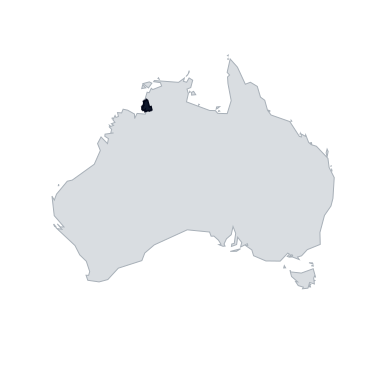 West Daly, Northern Territory, Australia (highlighted), rotated 345°
{"feature_id": "25037944B73531494726593", "entity_name": "West Daly", "entity_type": "district", "adm_level": 2, "iso_a3": "AUS", "parent_name": "Australia", "parent_adm1": "Northern Territory", "projection": "albers", "projection_center": [129.851, -14.087], "detail": "fine", "context": "in_parent", "style": "filled", "palette": "ink", "viewbox_px": 384, "rotation_deg": 345, "n_neighbors": 0, "source": "geoboundaries", "source_scale": "gbopen_adm2", "svg_char_len": 5831}
<svg xmlns="http://www.w3.org/2000/svg" viewBox="0 0 384 384"><g transform="rotate(345 192 192)"><path d="M268.2,83.2L271.4,101.7L276.8,101.1L282.4,106.9L282.7,118.1L286.0,122.2L286.1,132.6L288.3,138.1L304.7,149.3L310.1,166.1L311.9,167.1L312.5,164.2L315.9,167.5L316.6,166.1L317.5,174.4L319.4,177.1L324.0,180.0L332.0,194.7L330.8,203.7L333.1,214.9L326.5,234.6L322.6,241.5L313.9,248.9L305.1,264.2L302.3,275.8L288.5,277.5L281.3,282.0L277.1,282.1L278.1,285.0L271.7,280.4L272.8,279.5L272.4,278.5L271.2,278.3L268.9,280.0L267.3,278.8L270.1,277.3L268.7,275.8L259.3,281.6L245.5,277.7L235.0,269.5L234.8,263.4L230.0,257.7L232.1,258.0L232.1,256.3L224.7,257.7L227.0,253.6L224.4,247.5L221.5,254.3L216.0,254.8L217.0,252.5L219.5,252.6L223.5,243.2L222.7,236.0L218.8,243.4L213.2,246.1L209.5,250.5L209.9,252.8L207.8,252.4L204.3,249.8L206.5,249.9L205.1,245.4L201.8,240.3L199.0,239.6L198.6,235.2L177.6,227.3L141.9,233.3L130.6,238.7L125.8,245.3L101.1,246.5L88.0,254.8L79.0,254.8L68.5,250.3L68.1,245.0L70.6,245.7L72.6,242.4L72.0,231.6L67.3,223.7L65.1,213.4L52.0,192.3L56.7,194.4L53.6,187.9L55.8,191.7L59.3,192.6L52.8,179.2L55.7,159.7L56.9,164.2L60.6,159.0L74.3,149.3L79.4,149.5L104.8,139.9L114.2,128.2L113.3,120.8L118.4,115.3L122.9,123.4L125.1,118.8L122.2,115.6L123.0,113.6L131.5,114.7L128.8,114.0L130.6,110.7L129.0,107.8L133.5,107.3L131.8,105.2L135.6,104.8L134.3,101.8L137.5,98.2L137.8,100.3L140.5,100.0L140.6,96.0L144.5,97.4L146.9,94.2L151.0,96.3L156.6,101.8L155.6,106.2L159.3,101.9L167.1,104.7L168.7,102.3L165.2,99.0L174.5,84.0L176.3,85.0L179.5,81.3L180.6,82.9L190.1,81.8L189.8,78.2L183.5,75.5L184.5,74.6L207.4,82.6L214.1,80.0L212.4,82.9L215.2,84.6L218.7,81.1L221.6,84.2L217.8,90.8L213.8,91.3L213.9,96.1L210.0,103.5L230.1,117.8L235.6,119.4L237.2,122.7L246.3,125.4L253.5,113.9L254.8,96.6L256.1,90.1L258.6,88.7L256.9,85.6L263.3,73.4L268.2,83.2ZM266.3,294.6L276.6,298.6L289.2,297.5L289.3,306.5L288.6,304.9L287.2,306.7L286.4,312.5L282.2,309.8L279.1,314.9L273.7,314.1L274.9,312.7L270.4,309.9L268.8,305.2L270.8,306.1L266.3,299.4L266.3,294.6ZM172.7,74.6L179.3,74.6L181.4,76.5L176.9,80.2L172.7,74.6ZM213.6,259.3L224.2,259.4L219.7,260.8L213.6,259.3ZM219.6,95.2L220.8,99.0L216.7,98.3L217.4,95.6L219.6,95.2ZM331.6,193.0L331.7,188.8L333.6,185.5L334.0,188.1L331.6,193.0ZM286.7,290.6L290.1,291.7L290.2,292.9L286.7,290.6ZM172.1,75.7L174.4,79.4L170.2,79.1L172.1,75.7ZM262.8,289.5L260.9,289.1L262.1,287.0L262.8,289.5ZM240.8,116.7L238.8,117.7L236.8,118.2L237.8,116.2L240.8,116.7ZM52.0,191.4L50.3,189.5L50.0,187.6L50.3,187.5L52.0,191.4ZM289.3,294.1L290.6,295.1L288.1,294.2L289.3,294.1ZM318.8,175.1L320.2,175.2L320.0,177.1L318.8,175.1ZM286.6,132.5L288.3,133.7L288.0,134.3L286.6,132.5ZM281.9,313.0L281.9,314.4L280.6,313.9L281.9,313.0ZM332.8,205.5L332.7,207.8L332.5,207.7L332.8,205.5ZM189.5,74.5L188.5,73.5L189.2,73.0L189.5,74.5ZM220.3,75.4L218.7,77.2L220.7,74.0L220.3,75.4ZM333.3,202.8L332.5,203.5L333.1,202.7L333.3,202.8ZM221.7,109.5L220.8,109.8L221.3,109.0L221.7,109.5ZM216.3,95.0L215.2,95.2L215.9,94.1L216.3,95.0ZM65.2,149.9L65.0,151.4L64.5,151.3L65.2,149.9ZM261.4,72.4L261.3,73.7L260.9,72.8L261.4,72.4ZM271.2,278.9L271.4,279.6L271.0,279.4L271.2,278.9ZM218.2,77.7L216.0,78.9L218.3,77.4L218.2,77.7ZM134.4,100.0L133.6,100.9L134.1,99.8L134.4,100.0ZM282.7,312.0L282.0,312.2L282.4,311.7L282.7,312.0ZM239.7,121.0L238.5,121.0L239.1,120.2L239.7,121.0ZM130.1,106.8L129.6,107.3L129.5,106.1L130.1,106.8ZM287.9,309.3L287.0,309.7L287.3,308.9L287.9,309.3ZM262.4,69.1L262.2,69.9L261.6,69.5L262.4,69.1ZM270.6,279.8L271.5,280.6L270.0,280.3L270.6,279.8ZM306.7,149.4L306.0,149.4L306.3,148.4L306.7,149.4ZM311.8,164.0L311.4,164.0L311.8,163.3L311.8,164.0ZM266.8,293.5L266.6,294.1L266.4,293.4L266.8,293.5Z" fill="#d9dde1" stroke="#a8b0b8" stroke-width="1"/><path d="M172.9,92.2L172.6,92.1L172.6,91.9L172.4,91.9L172.1,91.7L172.1,91.4L172.2,91.2L172.1,90.8L172.0,90.7L171.7,90.6L171.3,91.4L171.0,91.7L170.9,91.9L170.7,91.9L170.4,92.1L170.2,92.3L169.9,92.4L169.7,92.5L169.7,92.4L169.6,92.5L169.3,92.4L169.2,92.3L169.1,92.2L169.1,91.9L169.1,91.7L169.0,91.8L168.9,91.9L168.9,92.0L168.7,92.3L168.5,92.2L168.5,92.3L168.6,92.6L168.6,92.8L168.5,93.1L168.3,93.5L168.2,93.9L168.3,93.9L168.2,94.2L168.3,94.3L168.2,94.4L168.1,94.6L167.9,94.7L167.8,94.8L167.8,95.0L167.7,95.1L167.9,95.2L167.9,95.3L168.0,95.4L168.0,95.5L168.0,95.8L167.9,95.8L167.8,96.0L167.7,96.1L167.4,96.3L167.2,96.4L166.9,96.3L166.9,96.2L166.9,96.3L167.0,96.4L166.9,96.5L166.7,96.7L166.5,96.8L166.6,97.1L166.4,97.1L166.4,96.9L166.4,96.7L166.4,96.4L166.4,96.5L166.4,96.4L166.3,96.5L166.2,96.5L166.1,96.4L166.0,96.6L166.2,96.8L166.2,97.0L165.9,97.3L165.9,97.5L165.7,97.6L165.6,97.8L165.5,97.7L165.5,97.8L165.5,98.0L165.4,98.4L165.3,98.5L165.3,98.4L165.2,98.5L165.2,98.8L165.1,99.0L165.4,99.2L165.4,99.3L165.5,99.3L165.5,99.5L165.8,99.7L165.8,99.8L166.0,99.7L165.9,99.6L165.8,99.4L165.9,99.5L166.0,99.4L165.9,99.5L166.0,99.6L166.0,99.8L166.1,99.7L166.3,99.5L166.2,99.6L166.3,99.6L166.2,99.6L166.1,99.8L166.2,100.0L166.3,100.2L166.6,100.2L166.6,100.3L166.8,100.3L167.0,100.3L167.3,100.4L167.7,100.3L168.1,100.1L168.0,100.3L167.9,100.4L167.7,100.5L167.4,100.7L167.2,100.6L166.9,100.7L166.7,100.8L166.8,100.9L166.8,101.0L167.0,101.2L167.1,101.3L167.3,101.5L167.4,101.8L167.6,101.9L167.7,102.0L167.9,102.0L168.0,102.0L168.2,101.9L168.3,101.8L168.2,102.1L168.0,102.3L168.3,102.3L168.4,102.2L168.5,102.3L168.4,102.2L168.6,102.2L168.9,101.9L169.0,101.9L169.3,102.0L169.4,101.9L169.5,102.0L169.9,102.1L170.2,102.1L170.3,102.1L170.5,102.0L170.8,102.1L171.0,102.0L171.2,102.3L171.3,102.4L171.4,102.6L171.5,102.6L171.8,102.8L172.0,102.7L172.4,102.7L172.5,102.6L172.8,102.6L172.9,102.4L173.0,102.5L173.3,102.6L173.3,102.4L173.5,102.5L173.7,102.4L173.8,102.3L174.1,102.3L174.3,102.3L174.5,102.3L174.6,98.8L172.9,98.8L172.9,92.2ZM167.6,102.1L167.8,102.2L167.6,102.0L167.4,102.0L167.6,102.1Z" fill="#0f172a" stroke="#020617" stroke-width="1.5"/></g></svg>